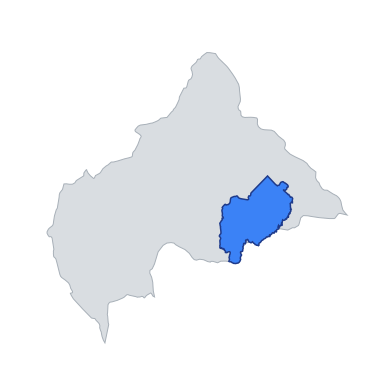 Mbomou highlighted on a map of Central African Republic, rotated 351°
{"feature_id": "CAF-868", "entity_name": "Mbomou", "entity_type": "Prefecture", "adm_level": 1, "iso_a3": "CAF", "parent_name": "Central African Republic", "parent_adm1": "", "projection": "equal_earth", "projection_center": [23.723, 5.441], "detail": "fine", "context": "in_parent", "style": "filled", "palette": "blue", "viewbox_px": 384, "rotation_deg": 351, "n_neighbors": 0, "source": "natural_earth", "source_scale": "10m", "svg_char_len": 9402}
<svg xmlns="http://www.w3.org/2000/svg" viewBox="0 0 384 384"><g transform="rotate(351 192 192)"><path d="M264.2,127.9L267.5,129.0L268.1,130.4L267.2,135.0L267.8,137.8L269.8,140.3L271.7,141.3L273.5,141.9L280.0,143.3L282.7,145.0L286.2,150.4L290.7,155.2L291.8,157.8L291.6,160.2L290.3,163.0L290.5,164.2L292.5,167.0L294.9,170.0L299.1,173.2L306.6,178.3L310.0,181.7L311.2,184.3L313.1,187.1L315.7,189.6L317.5,191.6L316.3,197.2L316.7,199.0L317.3,200.6L318.9,202.8L319.5,205.7L321.1,209.2L322.9,210.8L325.9,211.4L327.6,213.0L330.9,215.9L334.2,218.3L335.6,220.0L336.5,221.4L337.2,223.2L337.6,224.9L337.7,228.7L338.2,233.4L340.0,236.6L341.6,239.0L335.0,236.3L334.0,236.2L332.8,236.7L329.3,240.1L328.2,240.5L323.8,239.8L313.2,237.1L305.1,234.5L302.6,233.6L298.3,232.7L295.4,234.5L292.7,240.5L291.9,241.7L287.7,243.4L285.7,243.0L280.7,244.6L273.2,242.1L270.5,242.6L268.3,243.9L262.9,246.6L259.6,248.1L255.7,249.6L252.1,251.7L249.6,252.9L247.2,252.9L245.0,251.7L242.7,250.6L239.8,250.4L236.9,251.0L234.3,253.4L233.3,255.1L231.1,259.7L228.6,267.1L227.6,268.6L226.6,269.3L214.8,265.6L209.7,264.8L206.2,265.9L201.9,263.8L200.0,263.5L199.1,264.1L196.7,263.2L192.8,260.7L189.0,259.6L185.7,260.0L183.6,259.1L181.9,256.7L179.8,252.2L176.0,247.7L170.8,244.1L167.6,241.5L166.3,239.7L163.5,238.7L159.2,238.5L155.1,240.2L149.2,245.8L143.7,257.2L140.7,261.6L138.2,262.8L137.6,265.5L138.8,269.9L139.1,275.0L138.3,283.5L138.6,289.8L137.2,288.8L136.0,285.9L135.4,285.3L131.8,286.6L129.9,287.8L128.9,288.9L128.2,289.1L127.0,287.5L126.1,287.2L124.7,287.5L123.3,287.5L122.3,287.3L121.7,287.4L120.0,286.5L113.8,284.1L112.7,283.3L111.5,283.3L108.3,285.4L106.5,286.0L101.4,287.3L95.9,288.0L93.8,288.0L92.4,288.9L91.4,290.2L89.7,298.2L89.2,299.5L89.3,301.5L88.8,307.9L89.0,309.9L82.4,327.4L81.3,324.5L80.6,321.0L80.4,317.1L80.5,316.1L80.1,314.9L79.6,311.7L80.1,309.7L79.7,307.5L78.4,305.4L77.2,303.8L76.6,302.3L76.0,301.7L74.7,301.4L73.0,300.7L65.7,290.4L58.1,278.9L56.6,275.2L56.0,273.0L57.9,272.8L58.3,272.4L58.4,271.4L57.2,268.4L56.7,264.7L55.8,262.4L52.8,258.9L50.0,256.2L49.1,254.8L48.6,252.8L47.5,240.4L47.1,236.9L46.2,235.3L45.5,234.6L45.3,233.7L45.4,231.5L45.8,229.5L45.8,228.8L46.6,227.0L46.6,215.5L45.7,214.0L44.0,213.9L43.1,212.3L42.4,210.1L42.6,208.7L44.3,206.3L45.4,205.4L48.6,203.6L49.5,202.7L50.1,201.5L50.5,200.0L52.4,194.1L55.2,188.2L56.4,187.0L59.3,178.3L60.0,176.1L60.5,173.9L61.4,172.1L64.5,169.2L66.8,164.0L69.4,164.3L71.9,165.1L75.2,165.6L77.8,164.6L79.5,162.6L87.6,159.1L88.2,156.3L89.5,154.9L90.9,153.6L91.4,153.5L91.5,154.4L92.4,157.2L94.2,160.1L96.9,163.2L97.7,163.0L99.3,160.6L103.5,159.2L104.6,158.5L107.6,155.1L111.2,152.9L113.3,152.1L116.9,149.8L119.4,150.1L123.6,149.7L130.5,148.7L135.4,148.3L137.9,147.9L138.6,147.4L139.6,144.1L140.3,143.2L142.2,141.7L145.9,136.7L148.3,132.5L149.0,131.0L149.5,130.7L150.6,129.0L149.5,127.1L145.5,123.4L145.5,122.9L145.3,122.2L145.5,121.7L147.1,120.2L149.2,118.5L151.5,117.8L157.3,118.0L162.3,117.6L163.5,117.7L167.4,116.8L170.0,116.0L172.8,114.2L179.0,114.4L184.2,109.8L185.6,109.0L186.3,108.3L186.5,107.6L188.9,105.8L191.6,102.0L193.8,98.6L194.4,96.2L200.2,88.2L202.3,88.3L203.3,87.3L205.6,82.0L206.3,81.0L208.7,80.0L209.9,78.4L210.9,76.1L210.9,73.1L210.4,70.8L210.4,69.6L211.0,68.6L211.9,67.5L216.4,64.6L217.5,63.2L218.2,62.0L219.4,61.7L220.8,61.9L221.6,61.1L222.6,59.8L225.7,58.0L228.5,56.6L231.5,57.2L236.9,59.0L238.5,62.8L239.3,64.2L246.0,73.2L247.3,75.4L250.6,82.0L252.6,86.5L254.9,92.9L255.1,96.3L254.8,99.3L254.4,107.8L253.8,110.2L250.8,114.8L250.7,116.8L251.3,118.5L252.2,119.2L252.7,120.1L252.4,124.0L253.5,125.6L255.7,126.6L261.3,127.3L264.2,127.9Z" fill="#d9dde1" stroke="#a8b0b8" stroke-width="1"/><path d="M273.0,240.3L272.7,240.2L272.6,239.9L272.3,239.0L272.2,238.6L271.9,239.1L271.6,239.8L271.4,240.5L271.7,240.8L272.2,240.9L272.3,241.3L272.0,241.7L271.6,242.0L269.9,242.3L269.6,242.7L269.4,243.5L269.3,243.9L269.3,244.4L269.1,244.6L268.9,244.6L268.8,243.9L268.4,243.6L267.9,243.8L267.5,244.2L266.8,245.3L266.6,245.5L266.3,245.4L265.8,244.9L265.6,244.8L265.1,244.9L264.7,245.2L264.2,245.9L263.0,246.6L262.6,247.0L262.2,246.5L262.1,246.4L261.9,246.5L261.8,247.0L261.8,247.4L261.9,247.7L261.9,248.1L261.3,248.1L260.3,247.8L260.2,247.9L259.9,248.1L259.7,248.2L258.8,248.0L258.4,248.2L257.5,249.0L257.0,249.3L256.0,249.5L255.5,249.7L254.6,250.4L253.6,250.7L253.1,251.0L251.7,252.5L251.3,252.7L250.7,252.8L250.3,253.0L250.1,253.4L249.9,254.0L249.9,254.8L249.7,255.1L249.1,255.1L249.0,255.3L248.6,255.0L248.2,254.8L247.7,254.7L247.3,254.6L246.9,254.1L246.1,253.8L245.8,252.9L244.8,252.1L244.2,251.0L243.9,250.6L242.8,251.3L242.3,251.4L241.8,251.1L241.3,250.6L241.0,250.4L240.7,250.4L240.4,250.2L240.2,249.8L240.2,249.3L239.9,248.7L239.7,247.8L239.5,247.6L239.2,247.5L238.4,248.0L238.0,248.0L237.8,247.9L237.6,247.9L237.4,248.2L237.3,248.6L237.3,249.0L237.4,249.4L237.6,249.7L237.4,250.0L236.9,250.6L236.6,251.4L236.2,251.3L235.4,250.8L235.0,251.0L234.8,251.4L234.6,252.5L234.4,253.0L234.2,253.4L233.9,253.7L233.6,254.0L233.6,254.3L233.8,255.3L233.4,256.4L233.1,256.7L233.0,256.9L233.0,257.6L232.9,257.9L232.8,258.2L232.5,258.5L232.0,258.5L231.0,258.5L230.6,258.8L230.4,259.6L230.5,260.4L230.6,261.0L231.0,261.7L231.1,261.9L231.0,262.2L230.7,262.6L230.5,262.8L230.2,262.9L230.0,263.2L229.3,264.9L229.4,265.2L229.5,265.9L229.5,266.2L229.4,266.5L228.9,267.1L228.7,267.6L228.3,268.1L227.4,268.9L226.6,269.3L223.9,269.5L221.7,268.9L221.2,268.4L220.6,268.1L220.4,267.9L219.8,267.2L219.4,267.0L218.2,266.7L217.7,266.4L217.8,266.3L217.8,265.8L217.9,265.5L218.3,264.9L218.4,264.5L218.5,264.2L218.4,262.6L218.4,262.2L218.5,262.0L219.0,261.3L219.0,261.1L219.1,260.5L219.4,259.9L220.0,258.9L220.3,257.6L219.9,256.9L219.2,256.7L218.3,256.8L216.9,257.4L216.4,257.2L215.8,257.1L215.6,257.0L215.5,256.7L215.8,256.2L215.9,255.9L215.6,255.4L214.9,254.7L214.8,254.1L215.0,253.7L214.8,253.5L214.7,253.6L214.5,253.8L214.2,253.4L214.0,252.9L213.6,253.1L213.4,253.1L212.9,252.7L212.8,252.2L212.7,252.0L212.3,252.3L212.2,252.2L212.1,251.8L211.9,251.8L211.7,252.1L211.3,252.1L211.0,251.8L210.8,251.3L210.9,251.1L211.1,250.7L211.0,250.2L211.2,248.9L211.6,248.4L211.6,247.9L211.9,244.6L212.0,244.2L212.9,242.8L213.1,242.3L213.0,241.6L212.8,241.1L212.2,240.2L212.1,239.7L212.3,239.4L213.0,238.4L213.7,237.9L214.0,237.6L214.2,237.0L214.4,235.3L214.5,231.9L214.5,231.6L214.7,231.1L214.8,230.8L214.8,230.6L214.7,230.5L214.6,230.3L214.6,229.2L214.6,227.2L215.9,225.8L216.3,225.2L216.5,225.0L216.9,224.8L217.3,224.4L217.7,223.8L217.9,223.2L217.5,223.3L217.6,222.6L218.0,222.5L218.5,222.6L218.9,222.5L218.7,221.4L218.2,220.6L218.1,220.4L218.2,219.8L218.6,218.6L218.7,217.5L218.6,215.3L218.8,214.4L219.6,213.2L219.6,212.5L219.5,212.2L219.4,212.0L219.6,211.8L219.8,211.6L220.2,211.2L222.4,209.5L222.7,209.4L223.0,209.4L223.2,209.5L223.4,210.0L223.6,210.1L223.8,210.2L224.7,210.0L224.9,210.0L225.5,210.1L225.8,210.1L226.2,209.9L227.5,208.9L227.8,208.5L228.3,207.4L228.7,205.7L229.1,204.6L229.4,204.1L229.9,203.7L232.8,203.0L233.2,203.0L233.9,203.2L234.3,203.2L235.3,202.9L235.6,202.9L235.9,203.0L236.1,203.1L236.3,203.4L236.7,204.3L237.1,204.9L237.8,205.6L239.6,206.4L245.6,208.4L246.2,208.3L246.7,208.1L246.8,207.9L246.8,207.1L246.8,206.7L246.7,206.1L246.8,205.9L247.1,205.4L247.4,204.9L247.5,204.8L247.7,204.7L248.1,204.9L248.4,204.9L248.8,204.9L249.1,204.7L249.4,204.3L249.5,204.1L249.7,203.2L250.1,202.3L250.4,202.0L269.1,188.0L275.6,197.5L277.2,199.2L277.4,199.0L277.7,198.9L278.1,198.9L278.7,199.0L279.1,198.9L279.5,198.5L280.9,196.7L281.4,196.3L281.8,196.2L283.1,196.0L283.5,196.1L283.8,196.3L284.4,197.0L284.8,197.4L285.4,197.7L286.2,198.5L287.3,199.7L287.5,200.1L287.8,200.5L287.8,200.9L287.8,201.5L287.8,201.9L287.6,202.1L287.3,202.3L286.9,202.3L286.6,202.3L286.4,202.5L286.3,203.0L286.1,203.8L285.2,204.4L284.7,204.8L284.4,204.9L284.0,204.8L283.6,204.7L282.8,204.3L282.7,204.4L282.7,204.6L283.0,205.1L285.9,208.6L286.3,209.4L286.5,209.5L286.9,209.5L287.1,209.5L287.3,209.7L287.3,209.9L287.4,210.3L287.5,210.6L287.9,211.2L288.2,211.9L288.2,212.2L288.4,212.5L288.6,212.6L289.1,212.5L289.4,212.6L289.8,212.8L290.2,213.6L290.4,214.1L290.3,214.6L289.9,215.4L289.7,216.2L289.7,216.8L289.7,217.3L289.5,218.4L289.4,218.4L289.0,217.5L288.8,217.4L288.7,217.4L288.6,217.5L288.4,218.0L288.0,218.3L287.6,218.4L287.2,218.7L287.1,218.9L287.2,219.3L287.2,219.6L287.1,220.2L287.1,221.0L286.9,221.5L287.0,222.4L287.0,222.6L286.8,222.9L286.8,223.1L286.8,223.4L286.9,223.7L287.1,224.0L286.7,224.4L286.6,224.6L287.1,224.8L287.2,225.0L286.8,225.3L286.7,225.5L286.6,226.3L286.4,226.7L286.1,226.9L285.9,227.3L285.5,227.4L285.3,227.5L285.2,227.7L285.3,227.9L285.5,228.3L285.5,228.5L285.4,228.6L285.0,228.7L284.7,229.0L284.3,228.8L284.2,228.8L284.2,229.2L284.1,229.5L283.8,229.7L283.7,229.8L283.6,230.4L283.4,230.2L283.3,230.3L283.4,231.1L283.2,232.0L282.8,232.0L282.5,231.7L282.4,231.6L282.2,231.8L281.9,232.5L281.7,232.6L281.3,232.8L281.2,233.3L281.1,233.5L280.6,233.2L280.4,233.2L280.0,233.4L279.9,233.5L279.7,234.0L279.4,234.2L279.2,234.3L278.4,234.2L277.9,234.2L277.4,234.3L277.1,233.9L276.9,234.5L276.7,234.8L276.6,235.4L276.3,235.9L276.3,236.8L276.2,236.9L276.0,236.6L275.8,236.4L275.7,236.4L275.6,236.5L275.5,236.8L275.5,237.0L275.6,237.4L275.4,237.7L275.5,238.0L275.8,238.2L276.0,238.4L276.0,238.6L275.9,238.7L275.7,239.0L275.3,239.0L274.9,238.6L274.6,238.6L274.5,238.9L274.2,239.2L273.7,239.1L273.2,239.3L273.1,239.7L273.1,240.1L273.0,240.3Z" fill="#3b82f6" stroke="#1e3a8a" stroke-width="1.5"/></g></svg>